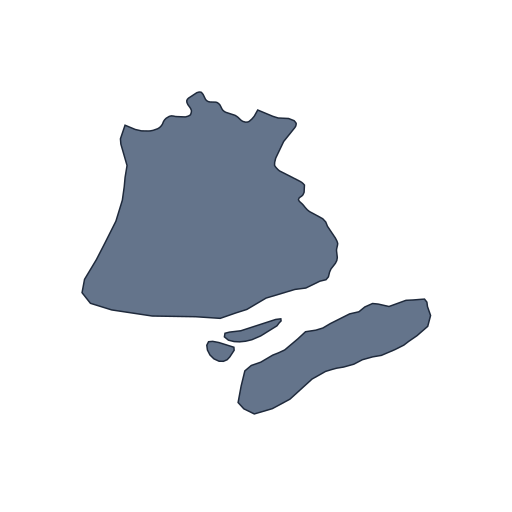 map outline of Shanghai (Equal Earth projection), rotated 124°
{"feature_id": "CHN-1819", "entity_name": "Shanghai", "entity_type": "Municipality", "adm_level": 1, "iso_a3": "CHN", "parent_name": "China", "parent_adm1": "", "projection": "equal_earth", "projection_center": [121.333, 31.266], "detail": "fine", "context": "isolated", "style": "filled", "palette": "slate", "viewbox_px": 512, "rotation_deg": 124, "n_neighbors": 0, "source": "natural_earth", "source_scale": "10m", "svg_char_len": 2719}
<svg xmlns="http://www.w3.org/2000/svg" viewBox="0 0 512 512"><g transform="rotate(124 256 256)"><path d="M236.5,184.7L241.2,189.0L254.7,196.8L261.9,205.0L285.2,224.1L305.4,233.7L314.5,240.9L327.7,250.8L340.1,272.1L363.8,308.5L381.4,345.5L387.8,366.8L383.7,379.7L371.2,385.1L348.2,386.3L329.7,388.5L305.5,391.6L284.5,398.0L272.4,403.9L264.0,408.5L253.1,413.5L238.8,430.6L234.7,433.9L220.8,437.7L218.6,426.8L216.3,420.9L212.6,415.2L211.4,413.6L209.3,411.5L205.5,408.7L204.0,408.0L202.4,407.5L200.7,407.3L199.0,407.3L196.1,407.9L194.1,407.9L192.0,407.5L188.8,406.0L187.2,404.6L186.3,403.0L185.3,400.6L180.2,392.3L177.8,390.3L175.7,389.3L174.2,389.6L172.8,390.1L171.6,390.8L170.7,392.0L169.9,393.5L168.7,396.9L167.9,398.3L167.0,399.5L165.8,400.3L164.4,400.5L162.8,400.2L153.7,396.4L151.8,394.8L150.9,393.1L151.2,391.4L151.8,389.9L154.3,385.6L154.8,383.9L154.7,382.0L154.0,380.2L150.9,375.3L150.5,374.0L150.5,372.4L150.8,370.7L151.5,369.3L153.1,366.5L153.7,365.0L153.9,363.2L153.8,361.5L151.1,352.1L151.0,350.3L151.1,348.4L151.8,344.5L151.8,342.3L150.9,339.5L149.7,337.9L148.2,336.9L144.7,336.0L141.2,335.6L134.0,336.2L130.8,320.2L129.2,314.8L123.8,305.9L122.5,300.1L122.9,298.6L123.5,296.9L124.7,296.2L126.1,295.7L127.8,295.6L145.6,297.1L163.8,294.4L167.9,292.9L170.5,291.3L171.2,289.7L171.7,287.9L172.1,286.0L172.3,284.1L169.5,261.3L169.4,259.4L169.6,257.5L170.1,255.5L176.2,251.8L177.7,251.5L179.2,251.3L180.7,251.6L182.7,252.4L183.9,252.7L185.6,252.3L186.2,251.2L186.5,250.3L187.0,246.8L187.4,245.1L188.2,242.6L189.0,239.5L189.2,237.4L189.2,235.8L188.8,232.2L187.8,221.5L188.8,217.2L191.4,213.4L196.7,200.3L198.4,197.2L199.9,195.3L201.2,194.6L205.3,193.0L206.6,192.2L211.6,187.9L212.3,187.5L214.6,186.5L217.7,186.1L224.8,186.6L228.2,186.0L232.8,184.3L236.5,184.7ZM355.7,147.8L373.4,157.1L387.9,169.1L389.5,180.6L387.5,188.9L372.1,195.6L357.5,201.0L349.4,198.7L341.4,192.7L328.8,186.7L324.0,183.4L317.9,179.7L301.4,175.0L291.1,172.6L284.0,164.9L278.3,160.3L270.5,156.6L251.6,146.0L244.7,139.5L237.4,137.3L230.2,132.8L227.5,127.8L223.5,117.5L208.9,106.9L204.4,100.9L200.0,95.4L197.5,92.2L198.7,88.5L202.0,85.6L207.7,78.0L218.3,74.3L232.1,78.0L241.5,81.7L247.2,83.6L256.1,88.6L268.3,96.5L274.4,102.9L282.5,109.8L291.0,114.4L299.1,121.3L303.9,126.4L307.6,129.6L312.8,133.8L326.6,140.7L355.7,147.8ZM336.4,221.7L339.2,226.3L341.2,231.8L340.7,237.0L337.4,238.5L333.9,235.4L326.5,226.8L297.6,204.2L294.2,200.3L295.8,198.9L298.5,199.4L302.2,199.6L319.6,207.4L327.7,212.6L332.5,217.0L336.4,221.7ZM354.3,221.3L358.1,221.9L361.5,224.1L363.9,227.8L364.8,233.4L363.8,238.8L361.1,243.7L357.5,246.9L353.6,247.4L351.0,244.2L348.5,238.4L344.0,223.3L346.4,221.4L354.3,221.3Z" fill="#64748b" stroke="#1e293b" stroke-width="1.5"/></g></svg>